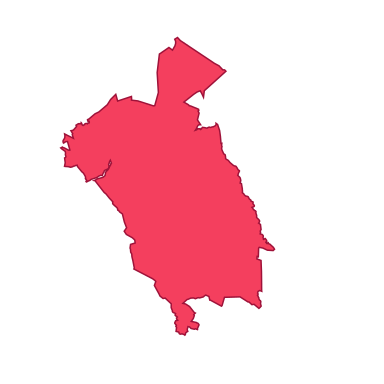 Coquimatlán, Colima, Mexico (orthographic projection), rotated 226°
{"feature_id": "50627088B5887634213656", "entity_name": "Coquimatlán", "entity_type": "district", "adm_level": 2, "iso_a3": "MEX", "parent_name": "Mexico", "parent_adm1": "Colima", "projection": "orthographic", "projection_center": [-103.915, 19.176], "detail": "fine", "context": "isolated", "style": "filled", "palette": "rose", "viewbox_px": 384, "rotation_deg": 226, "n_neighbors": 0, "source": "geoboundaries", "source_scale": "gbopen_adm2", "svg_char_len": 5968}
<svg xmlns="http://www.w3.org/2000/svg" viewBox="0 0 384 384"><g transform="rotate(226 192 192)"><path d="M224.7,257.0L223.7,256.1L223.5,254.7L224.2,252.4L224.8,251.8L225.4,250.3L226.8,249.4L227.3,248.1L227.4,247.5L227.9,246.8L229.3,246.0L231.3,244.4L230.9,242.6L230.9,241.6L231.1,241.5L231.6,241.6L232.0,241.8L232.5,240.9L233.4,240.3L233.5,238.6L234.1,237.3L234.3,238.2L234.4,238.9L235.6,241.9L235.7,242.6L235.6,243.6L234.4,244.9L240.1,246.0L243.8,251.9L246.0,252.6L246.0,253.6L247.0,254.2L254.8,250.8L256.0,249.9L257.0,250.1L262.3,248.6L261.1,261.1L260.4,265.1L259.1,268.2L256.3,267.5L252.2,266.1L256.3,271.2L255.3,300.3L257.2,300.3L258.5,299.0L264.0,299.1L268.9,297.5L309.0,288.8L313.2,288.9L313.9,285.7L311.8,284.9L310.3,283.5L309.0,281.3L307.6,276.5L312.0,275.8L312.8,270.8L313.9,264.4L302.1,249.9L286.9,236.9L280.0,225.2L280.7,224.1L293.9,217.0L294.0,216.8L294.9,216.5L300.1,212.3L301.2,213.5L302.8,214.8L309.1,201.7L315.2,205.0L315.1,197.8L313.6,191.7L314.3,180.5L315.6,176.6L316.1,169.3L316.0,169.0L316.6,167.2L316.2,167.1L315.8,166.4L315.6,166.3L315.0,166.4L314.6,167.1L314.1,167.0L313.4,166.3L313.2,166.2L313.2,165.8L313.9,165.1L313.7,164.2L314.1,164.1L315.0,163.3L315.4,162.5L315.3,161.7L315.1,161.5L315.4,160.8L315.5,159.9L315.8,159.9L316.2,159.6L317.5,160.0L317.8,160.2L318.3,160.4L318.6,160.4L318.0,159.8L318.5,159.7L318.5,159.3L318.9,159.2L319.6,157.9L319.9,157.9L320.1,157.6L320.6,155.1L320.0,155.0L320.0,154.7L319.6,154.7L319.3,154.3L319.0,150.3L318.9,150.2L319.4,148.6L319.7,148.1L319.9,148.0L320.2,147.5L316.8,146.7L316.6,145.8L313.0,144.0L319.9,141.5L322.3,140.7L321.9,140.4L321.1,140.0L319.6,138.4L319.1,137.3L318.6,135.2L318.3,134.7L317.6,134.0L316.6,133.6L316.6,134.0L316.2,134.3L316.2,135.0L315.8,136.3L314.8,137.5L307.0,133.3L307.3,132.8L308.0,132.2L312.1,130.9L314.0,130.0L314.1,129.8L314.4,129.9L314.9,128.2L313.8,128.2L309.2,129.0L307.8,128.0L306.8,126.8L305.2,126.0L304.7,125.2L305.0,124.0L301.1,121.1L299.2,118.4L299.1,118.6L298.6,118.4L296.5,120.3L295.7,120.9L295.0,121.3L294.9,121.5L294.4,121.6L293.6,122.7L293.0,123.9L293.0,124.5L292.2,125.7L291.9,126.8L291.0,128.0L290.5,127.6L289.6,127.3L283.0,126.8L281.0,127.0L278.1,126.3L276.9,125.9L276.1,125.2L275.9,124.8L275.7,124.7L275.4,124.8L274.3,124.5L274.4,124.4L273.1,124.2L273.2,123.1L272.6,123.0L272.2,123.9L271.8,125.5L271.3,126.4L271.2,128.1L269.0,132.6L268.4,134.2L268.3,135.6L267.4,138.0L266.2,138.9L267.2,141.0L267.5,142.5L268.1,143.4L268.1,144.6L267.0,147.5L267.2,148.8L268.0,150.0L269.9,151.3L270.2,152.2L271.1,153.7L271.6,155.3L268.7,154.1L268.7,152.9L268.1,152.6L267.4,149.8L267.1,149.6L266.4,147.2L266.3,143.8L264.2,140.8L264.4,138.1L267.1,133.2L267.8,130.5L268.1,129.7L267.7,130.0L266.8,130.0L252.7,128.5L250.2,128.8L245.0,128.3L239.9,128.2L239.4,127.4L238.6,126.8L236.3,126.8L233.3,127.1L232.0,127.0L230.6,126.0L229.5,126.3L227.8,126.1L224.6,126.7L217.4,122.5L211.7,120.1L210.9,116.0L207.1,115.3L200.6,117.3L197.4,117.5L196.8,117.2L194.8,115.7L197.0,111.4L194.8,108.6L194.4,108.3L193.6,108.0L191.3,106.1L189.3,105.6L187.1,103.8L183.7,101.8L177.4,97.7L177.0,96.7L157.0,103.4L154.0,103.9L152.8,103.8L150.9,100.0L141.7,97.5L139.4,96.7L135.5,97.2L134.3,99.0L126.0,99.4L123.3,96.7L120.2,95.4L119.7,94.9L118.8,94.7L117.9,94.9L117.0,95.5L116.1,95.5L115.9,95.6L115.7,95.0L115.0,94.2L113.7,94.3L113.3,94.6L112.2,94.6L112.1,93.2L110.8,92.6L109.7,92.7L109.9,92.1L110.6,91.2L110.7,90.7L110.2,89.7L110.2,89.2L109.5,88.4L108.8,88.4L108.3,88.2L108.0,88.1L107.1,88.3L106.9,88.2L106.6,87.6L106.6,87.1L105.3,86.8L102.8,83.7L100.5,85.1L99.7,84.9L99.2,84.5L98.6,84.5L98.1,84.7L97.6,85.1L96.9,86.3L94.6,87.4L94.0,87.4L94.0,88.1L94.8,89.1L95.0,89.9L95.0,91.2L94.7,91.7L94.6,92.1L96.1,92.8L96.6,93.3L97.7,95.2L98.0,95.6L96.6,96.5L94.5,96.5L91.6,98.4L91.3,99.4L89.2,100.4L89.3,100.6L89.9,100.8L91.5,104.7L91.8,104.9L93.2,105.1L94.0,104.9L94.5,104.5L95.1,104.5L99.4,101.6L100.1,105.1L101.5,107.8L102.6,108.1L102.6,110.3L103.8,109.9L111.3,110.7L115.9,109.6L118.2,108.1L118.1,113.7L117.4,115.0L116.6,117.3L114.7,119.5L112.9,120.3L112.2,121.9L112.2,122.3L111.3,123.5L111.0,123.5L110.5,123.9L108.7,127.2L108.6,128.9L108.3,130.3L105.1,131.6L101.9,129.7L101.7,130.0L89.4,133.9L89.4,134.7L93.7,142.2L83.2,153.7L74.0,155.9L73.3,156.6L69.4,156.8L68.1,158.6L61.8,159.3L61.7,160.8L61.9,162.5L64.0,163.7L65.4,165.4L66.2,165.7L67.3,165.5L68.7,165.9L69.5,166.6L70.0,166.6L71.5,167.3L72.0,167.2L72.3,167.5L72.3,168.0L72.7,168.7L73.7,168.9L74.6,170.4L74.1,172.3L72.1,173.2L73.0,173.9L76.5,177.2L77.1,177.8L86.4,186.6L94.8,194.1L98.8,192.2L100.4,194.1L99.3,194.7L105.3,200.9L105.5,201.9L102.5,204.0L97.8,205.8L93.5,209.7L93.5,211.6L95.6,212.1L100.4,211.8L101.6,211.2L102.5,211.6L102.6,210.9L102.9,210.6L102.7,210.4L102.7,210.1L103.2,210.0L103.6,210.3L104.0,210.3L104.4,210.1L104.6,210.2L104.6,210.7L104.3,211.3L105.4,212.1L107.7,212.4L107.9,212.2L107.8,211.4L108.2,210.5L108.4,210.5L108.6,210.9L110.0,211.5L110.5,212.4L111.4,213.0L113.0,212.9L114.4,211.9L114.9,212.4L115.4,213.4L116.5,213.9L117.0,215.6L121.1,218.7L123.3,218.3L123.3,218.8L124.1,220.5L125.6,220.9L127.8,220.8L128.8,220.8L130.3,222.3L132.8,223.5L133.2,224.3L134.3,224.6L135.1,224.2L135.9,224.3L136.5,224.0L138.1,224.4L139.3,224.5L138.5,226.2L138.5,226.9L138.7,227.2L139.1,227.5L141.2,227.7L141.5,227.9L141.9,228.6L142.7,229.0L143.6,228.4L143.9,228.4L144.3,228.1L145.3,228.7L147.1,228.4L149.6,229.1L150.6,228.7L152.0,227.7L153.9,227.7L155.0,228.0L156.5,227.7L157.4,228.8L158.1,229.4L158.5,229.6L159.3,230.4L163.7,233.4L164.9,232.8L165.9,234.2L166.1,234.8L167.3,235.7L168.2,236.2L169.1,236.6L172.2,236.5L172.7,237.6L173.2,238.3L174.1,240.7L174.4,240.9L176.1,240.6L178.5,241.3L179.2,241.3L179.7,241.5L180.4,241.3L181.3,240.6L182.7,240.2L186.8,239.8L188.8,240.0L189.8,240.0L191.8,239.4L192.7,239.4L193.9,240.5L195.5,241.6L195.9,241.7L196.5,241.6L197.4,241.3L201.5,242.8L202.8,243.6L204.0,245.3L204.5,245.4L205.1,245.8L206.3,247.3L206.8,246.6L212.3,251.1L217.1,254.6L222.8,257.3L224.7,257.0Z" fill="#f43f5e" stroke="#9f1239" stroke-width="1.5"/></g></svg>